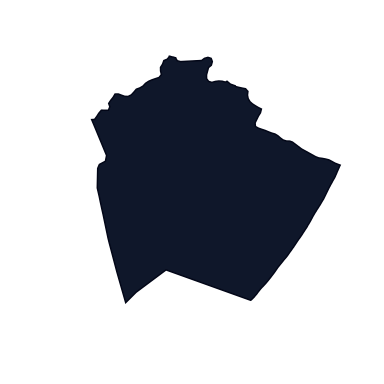 Tur Al Bahah, Lahij, Yemen (Robinson projection), rotated 26°
{"feature_id": "15242507B87552266659548", "entity_name": "Tur Al Bahah", "entity_type": "district", "adm_level": 2, "iso_a3": "YEM", "parent_name": "Yemen", "parent_adm1": "Lahij", "projection": "robinson", "projection_center": [44.539, 13.001], "detail": "fine", "context": "isolated", "style": "filled", "palette": "ink", "viewbox_px": 384, "rotation_deg": 26, "n_neighbors": 0, "source": "geoboundaries", "source_scale": "gbopen_adm2", "svg_char_len": 3143}
<svg xmlns="http://www.w3.org/2000/svg" viewBox="0 0 384 384"><g transform="rotate(26 192 192)"><path d="M112.0,80.0L112.2,80.7L112.0,81.5L111.5,83.5L109.1,86.2L109.5,89.9L109.3,92.1L109.2,92.5L109.1,93.8L110.7,97.0L113.0,99.8L112.2,103.5L109.4,106.2L106.8,108.8L104.5,111.5L103.2,113.7L102.6,114.7L101.5,118.3L99.5,121.3L97.0,123.9L96.9,124.0L96.0,127.6L94.9,131.3L92.7,134.1L89.6,135.5L86.2,135.9L82.9,136.2L79.9,137.7L79.6,141.5L78.8,145.1L78.3,148.9L80.8,151.4L81.0,155.2L77.8,156.8L74.7,158.2L73.7,162.1L73.3,165.8L72.6,169.5L70.1,170.9L76.5,176.5L99.2,196.6L100.7,202.3L96.7,207.8L96.7,208.5L96.9,212.1L98.5,215.6L105.1,229.9L110.6,236.7L113.9,241.0L118.7,247.1L122.3,251.6L125.7,256.0L136.8,270.3L139.9,274.0L143.8,278.5L159.5,296.7L180.9,320.5L185.7,306.6L202.8,273.4L292.2,263.6L292.3,263.5L292.8,262.3L293.2,261.2L293.6,260.0L294.0,258.8L294.2,257.6L294.6,256.3L294.9,255.1L295.1,253.7L295.4,252.3L295.7,251.0L296.0,249.5L296.3,248.4L296.7,247.0L297.1,245.9L297.5,244.6L297.9,243.2L298.3,242.0L298.6,240.7L298.9,239.6L299.2,238.3L299.5,237.0L299.8,235.6L300.1,234.4L300.3,233.2L300.6,231.7L300.9,230.3L301.2,228.8L301.4,227.6L301.6,226.3L301.8,225.0L302.0,223.6L302.2,222.2L302.5,220.9L302.8,219.6L303.1,218.2L303.4,217.0L303.7,215.7L304.0,214.4L304.3,212.9L304.6,211.7L305.0,210.3L305.3,209.1L305.6,207.7L305.8,206.6L306.0,205.2L306.2,203.9L306.4,202.6L306.7,201.2L306.9,199.8L307.1,198.3L307.4,197.1L307.5,195.8L307.7,194.6L307.9,193.0L308.1,191.5L308.3,189.9L308.5,188.6L308.7,187.3L309.0,185.8L309.2,184.5L309.4,183.2L309.6,181.7L309.7,180.5L309.9,178.9L310.1,177.6L310.2,176.3L310.4,175.0L310.6,173.6L310.7,172.4L310.7,171.1L310.9,169.7L311.0,168.2L311.1,166.9L311.2,165.5L311.2,164.2L311.3,162.9L311.3,161.4L311.4,160.0L311.5,158.8L311.6,157.3L311.7,156.1L311.9,154.9L312.0,153.1L312.2,151.9L312.4,150.3L312.5,148.9L312.7,147.7L312.8,146.4L312.9,145.0L313.0,143.6L313.1,142.4L313.3,140.8L313.3,139.3L313.3,137.7L313.3,136.2L313.3,134.7L313.3,133.3L313.3,131.8L313.3,130.4L313.3,129.4L313.3,129.0L313.3,127.4L313.4,126.2L313.4,124.9L313.5,123.6L313.6,122.0L313.6,120.7L313.7,119.2L313.8,117.9L313.9,116.6L313.9,115.2L313.8,113.9L313.8,112.7L313.7,111.2L313.6,109.9L313.6,108.6L313.5,107.1L313.5,105.9L313.4,104.6L313.4,103.4L313.4,102.9L311.3,103.1L307.8,103.4L304.4,103.2L300.9,103.1L297.6,103.8L294.3,104.7L291.0,105.8L288.7,106.0L287.7,106.1L271.6,105.3L260.4,103.1L257.6,103.4L254.5,104.8L251.1,105.3L247.8,104.7L244.5,103.8L241.2,103.5L237.8,104.1L234.2,104.4L230.8,104.6L227.2,105.1L223.7,105.5L220.3,105.3L218.4,102.2L218.4,98.4L218.4,94.5L218.8,90.8L218.0,87.0L214.6,87.0L211.1,86.7L207.7,86.3L204.5,85.4L201.5,83.4L199.4,80.6L198.1,77.0L197.6,76.9L194.9,75.7L191.6,76.6L188.3,77.4L185.0,78.1L184.4,77.6L179.2,78.2L174.9,77.1L173.9,78.6L170.6,79.2L167.4,80.5L164.5,82.4L161.8,84.8L158.4,85.3L155.4,83.7L153.7,80.3L153.0,76.7L152.3,72.9L153.8,69.6L153.1,65.9L151.9,64.7L150.6,63.5L147.3,64.0L144.6,66.4L143.0,69.6L124.6,79.8L121.2,80.5L119.2,79.2L118.5,78.5L117.2,78.9L116.9,78.8L116.5,78.8L115.5,79.2L114.7,79.3L113.5,79.6L113.1,79.6L112.4,79.7L112.0,80.0Z" fill="#0f172a" stroke="#020617" stroke-width="1.5"/></g></svg>